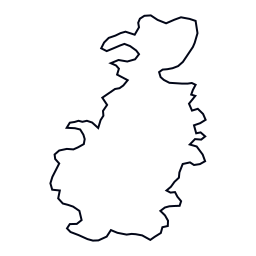 outline of Iguatu, Paraná, Brazil
{"feature_id": "56859067B2553347747506", "entity_name": "Iguatu", "entity_type": "district", "adm_level": 2, "iso_a3": "BRA", "parent_name": "Brazil", "parent_adm1": "Paraná", "projection": "orthographic", "projection_center": [-53.086, -24.68], "detail": "fine", "context": "isolated", "style": "outline", "palette": "ink", "viewbox_px": 256, "rotation_deg": 0, "n_neighbors": 0, "source": "geoboundaries", "source_scale": "gbopen_adm2", "svg_char_len": 1796}
<svg xmlns="http://www.w3.org/2000/svg" viewBox="0 0 256 256"><path d="M52.4,176.8L50.4,183.3L52.2,189.7L59.8,190.5L58.2,198.4L62.8,203.5L68.1,204.9L73.1,206.6L79.4,210.9L81.6,220.1L76.8,223.9L69.8,224.1L67.0,228.4L70.5,232.0L78.6,235.1L87.5,239.1L92.9,240.6L98.4,240.4L106.7,236.6L110.9,230.1L117.4,232.8L126.6,234.6L131.6,233.9L135.7,234.2L142.2,235.4L150.3,239.9L154.7,236.8L160.8,233.0L162.4,227.2L167.8,226.0L168.0,220.7L165.0,215.4L160.4,210.9L164.9,207.5L169.3,206.3L174.1,206.0L179.6,205.8L181.1,201.2L177.4,196.7L175.0,192.1L170.5,192.6L166.5,190.5L170.9,186.8L174.5,181.8L178.9,177.7L179.4,172.4L182.7,164.0L190.0,162.4L194.0,165.0L199.9,164.1L205.1,161.2L202.7,154.6L196.7,146.5L189.8,144.5L195.0,139.1L201.2,139.6L205.2,136.4L200.6,132.4L196.2,133.3L194.0,125.3L200.1,123.2L205.6,119.8L203.1,114.0L197.8,108.8L192.0,110.6L189.0,103.7L195.3,95.9L191.2,94.6L192.9,89.9L195.6,84.8L191.8,83.0L187.7,83.6L182.0,83.6L169.4,82.8L163.8,79.9L160.6,77.1L159.1,72.1L162.6,69.6L167.3,69.2L172.6,68.2L178.1,66.1L182.9,61.9L192.9,47.0L194.7,42.8L197.5,33.2L195.6,20.9L189.6,18.9L181.0,17.3L174.4,19.7L166.1,23.3L157.6,19.9L150.8,15.4L144.4,15.8L139.9,18.7L138.2,22.8L139.0,27.3L134.7,34.7L125.5,31.7L120.6,33.1L115.4,35.6L108.7,37.9L104.1,42.5L101.2,48.3L106.7,51.1L113.0,48.5L120.3,45.4L124.4,43.9L130.1,46.1L136.2,50.5L139.0,54.2L135.1,59.3L127.3,61.5L118.5,60.0L110.8,63.2L116.1,65.5L118.9,68.7L117.1,74.6L127.7,80.2L123.3,85.5L119.5,88.2L115.0,89.0L102.3,97.7L107.1,104.9L103.0,110.9L103.4,115.7L100.6,120.1L98.2,128.0L92.1,122.5L86.9,120.8L82.4,121.8L78.5,120.8L74.5,122.0L69.8,122.7L66.7,127.8L74.9,128.2L80.2,129.5L83.4,134.7L84.7,139.1L83.8,144.1L77.9,147.4L73.4,149.4L66.8,148.9L59.2,150.5L54.6,154.5L55.2,159.0L59.2,163.5L52.4,176.8Z" fill="none" stroke="#020617" stroke-width="2"/></svg>